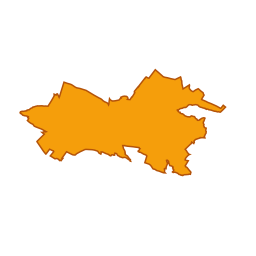 Baluseni, Botosani, Romania, rotated 344°
{"feature_id": "2599482B50605777408267", "entity_name": "Baluseni", "entity_type": "district", "adm_level": 2, "iso_a3": "ROU", "parent_name": "Romania", "parent_adm1": "Botosani", "projection": "robinson", "projection_center": [26.818, 47.67], "detail": "fine", "context": "isolated", "style": "filled", "palette": "amber", "viewbox_px": 256, "rotation_deg": 344, "n_neighbors": 0, "source": "geoboundaries", "source_scale": "gbopen_adm2", "svg_char_len": 5897}
<svg xmlns="http://www.w3.org/2000/svg" viewBox="0 0 256 256"><g transform="rotate(344 128 128)"><path d="M186.9,161.0L187.2,160.6L187.7,160.3L187.9,159.6L187.7,159.2L187.9,158.7L188.7,158.1L189.2,158.0L189.9,157.6L191.5,157.6L191.7,157.4L192.2,157.5L193.6,157.5L194.7,157.1L194.9,157.5L196.0,157.6L197.1,157.9L199.2,158.7L199.2,158.0L198.8,157.4L199.7,156.5L200.7,155.2L201.5,154.6L202.2,153.0L202.0,152.4L202.1,151.6L203.1,149.7L202.1,149.1L201.4,147.9L201.6,147.2L201.4,146.7L201.5,146.1L202.0,145.6L201.7,144.4L202.0,143.2L202.3,142.7L202.9,142.3L204.3,140.2L204.6,140.0L204.6,139.5L203.4,139.0L201.7,139.0L199.6,139.6L199.7,139.8L199.2,140.0L198.1,140.1L197.0,139.8L196.8,139.6L196.8,138.8L196.6,138.4L195.6,137.5L195.2,135.7L194.8,135.2L194.1,135.0L192.7,134.0L192.1,133.8L191.0,134.3L190.4,134.4L189.8,134.1L188.5,133.7L186.5,132.3L185.7,131.5L185.3,130.5L184.3,129.4L184.0,129.2L183.6,129.2L182.1,127.9L182.1,127.7L182.4,127.6L182.4,127.2L181.9,127.1L181.2,126.5L180.7,125.7L181.1,125.1L180.3,124.5L180.3,124.3L180.7,124.2L181.6,124.6L183.0,123.9L184.1,123.8L185.5,124.0L187.4,123.7L187.7,123.9L188.2,123.8L189.1,124.2L189.4,124.1L190.5,123.7L192.0,122.8L193.1,122.4L195.3,123.1L195.5,123.5L196.3,123.9L197.0,123.8L197.8,124.0L199.3,124.1L201.1,125.0L201.6,125.5L202.2,126.8L202.6,127.0L203.0,127.7L204.9,128.8L205.7,129.5L207.5,130.3L207.8,130.7L207.7,130.9L208.2,131.2L208.4,131.6L208.6,131.7L209.1,131.5L209.5,131.7L210.3,132.2L210.5,132.6L212.8,133.7L215.5,135.6L217.4,136.4L218.2,137.1L219.0,137.3L219.5,137.3L220.3,137.9L221.3,138.2L224.4,136.6L227.5,134.8L225.8,132.4L222.9,134.5L222.6,134.6L222.2,134.4L219.1,131.3L214.5,127.4L211.7,125.3L210.5,124.1L206.6,120.9L206.7,120.6L210.2,117.3L209.9,116.3L209.9,114.8L207.9,112.1L207.0,110.5L206.3,109.6L203.3,110.1L200.7,111.0L200.1,110.7L198.9,109.4L197.9,107.2L198.0,105.9L198.8,104.3L198.9,103.5L191.7,105.6L192.0,100.3L192.6,97.7L192.6,97.0L192.4,96.5L192.7,94.2L192.6,93.4L186.6,94.4L182.8,92.4L179.8,90.6L177.4,89.4L176.0,88.4L170.3,79.5L161.8,85.9L161.1,85.5L159.5,83.9L157.9,85.1L157.8,84.9L157.3,85.3L150.3,90.4L150.4,90.6L149.0,91.6L148.9,91.3L148.6,91.5L144.3,94.5L144.0,95.1L144.0,95.8L144.2,96.0L140.5,99.4L140.1,99.5L140.1,99.3L139.9,99.4L137.8,101.3L135.3,100.3L135.9,99.8L136.1,99.4L136.1,98.6L135.9,98.0L135.3,97.2L133.4,96.4L131.7,96.2L129.5,96.5L129.6,97.4L128.8,97.5L127.1,98.6L126.5,98.6L123.0,98.3L120.5,97.8L120.0,97.3L119.4,97.0L119.0,96.2L118.7,96.0L118.3,94.8L116.0,100.0L115.7,100.4L115.5,99.2L114.8,98.0L112.6,96.2L111.3,94.6L110.8,93.6L109.8,92.3L108.5,91.2L104.5,87.2L98.1,80.3L92.8,76.8L89.7,75.2L88.6,74.2L85.7,70.8L84.2,69.7L81.9,68.3L79.1,66.3L70.7,79.1L70.3,79.0L70.2,79.2L69.6,75.8L68.7,75.7L68.0,76.5L66.3,75.1L66.0,76.2L66.3,76.4L65.9,76.8L61.8,80.8L57.1,85.0L54.6,84.1L53.3,83.8L51.3,82.9L48.3,82.2L47.1,81.8L45.2,81.7L43.2,81.8L42.5,81.6L41.4,82.2L40.0,82.3L39.2,82.6L38.2,83.2L36.6,83.0L35.8,83.0L35.5,83.5L31.7,83.1L31.1,82.8L30.1,82.7L29.1,82.8L28.5,83.5L28.5,83.8L28.9,84.1L28.8,84.4L29.2,84.6L29.3,85.0L29.6,85.2L30.4,86.7L32.3,87.9L33.4,88.3L34.9,89.3L35.4,89.7L35.3,89.9L34.6,90.3L34.9,90.6L34.8,91.0L35.1,91.3L34.6,91.7L34.5,92.2L33.9,92.8L33.4,93.0L33.8,93.9L34.9,95.5L36.0,96.8L37.6,98.2L38.4,100.4L39.7,101.5L44.7,105.3L48.3,109.0L47.6,109.0L46.4,108.5L45.6,108.5L44.8,108.7L44.1,108.5L44.9,109.7L45.9,110.8L36.8,115.8L36.7,116.0L40.4,127.2L41.1,128.9L41.8,130.4L42.0,130.4L46.8,126.8L49.3,129.0L50.0,129.4L50.1,130.1L49.8,130.3L49.8,130.5L45.6,133.4L49.3,137.5L51.2,137.7L52.2,138.5L53.3,140.4L53.8,140.1L54.6,141.0L56.8,139.4L56.4,139.3L56.1,138.9L62.4,133.9L67.3,138.4L68.0,138.8L69.6,139.4L70.2,139.3L71.3,138.6L75.7,137.6L80.8,136.8L82.1,137.1L87.6,139.0L89.7,140.0L92.3,141.8L92.6,142.2L93.2,144.1L94.7,145.6L95.1,145.1L95.6,143.6L96.2,144.0L96.9,144.0L99.6,146.4L102.2,148.2L102.5,149.1L103.7,150.0L104.0,150.0L104.7,149.4L105.3,149.3L106.5,149.9L106.8,149.9L106.9,150.3L107.3,150.4L107.5,150.2L107.8,150.2L107.9,149.4L108.2,149.2L108.5,148.6L109.7,149.3L110.1,149.8L110.5,151.6L111.2,152.0L112.1,153.3L114.7,155.1L116.3,155.2L117.3,155.6L118.5,156.6L118.6,156.8L118.7,157.1L119.1,157.5L119.8,158.5L120.5,159.0L121.1,160.1L121.0,160.5L121.4,160.7L121.3,159.7L121.6,159.0L120.9,158.1L119.8,154.9L119.3,154.2L118.7,153.6L118.0,152.3L118.1,152.0L118.4,151.7L118.3,150.8L118.5,150.7L118.6,150.0L118.5,148.6L118.0,146.8L118.1,143.4L119.5,143.8L119.4,143.9L122.6,145.4L128.1,147.6L128.7,147.9L133.3,149.9L133.4,150.3L133.2,150.4L133.3,150.7L133.8,151.2L133.4,151.4L132.9,152.1L132.1,152.7L131.4,152.9L131.3,153.1L131.4,153.5L131.9,153.6L132.1,153.8L132.2,154.4L133.3,154.8L135.9,157.5L137.5,158.6L137.8,158.9L138.1,159.6L138.3,159.7L138.4,160.1L134.6,166.0L138.1,168.4L139.3,169.8L139.9,171.3L140.7,173.9L140.9,174.3L142.4,175.1L143.9,176.8L145.8,177.9L149.7,180.8L151.4,181.4L150.9,180.4L150.9,180.2L151.4,179.3L151.6,178.3L151.6,177.4L151.9,177.1L153.0,177.6L153.3,177.7L153.6,177.0L153.4,176.8L153.5,176.6L153.8,176.4L154.2,175.6L156.1,173.2L156.3,172.4L156.3,172.0L156.0,171.3L156.1,169.7L156.8,169.7L157.3,170.2L157.6,170.9L157.8,171.2L157.7,172.2L157.4,173.1L157.7,173.7L157.8,175.7L159.3,176.4L160.0,177.2L160.5,177.9L160.1,178.2L159.9,178.7L160.3,179.1L160.1,179.4L160.0,180.3L160.5,181.0L160.0,181.5L159.6,182.3L158.9,182.3L158.6,182.5L159.0,183.1L159.4,183.3L160.5,183.3L161.5,183.7L161.8,184.1L162.6,184.5L162.9,185.0L163.8,185.8L164.2,186.7L165.6,187.4L165.8,187.9L166.9,188.2L167.3,188.5L167.2,188.6L167.6,188.8L167.9,188.7L168.0,188.5L169.9,188.5L170.8,188.9L171.6,188.9L173.0,189.3L174.1,189.2L175.2,189.7L176.3,187.8L175.7,186.6L175.7,186.3L175.3,185.7L173.8,182.1L172.7,181.1L172.8,180.4L172.6,180.1L176.9,176.1L176.2,175.7L175.9,175.8L174.1,174.4L174.8,173.2L175.9,172.3L177.8,171.1L179.2,170.5L179.9,170.4L179.4,170.1L178.4,168.0L177.9,166.0L177.1,164.2L183.7,160.7L184.4,160.5L185.3,159.1L186.9,161.0Z" fill="#f59e0b" stroke="#b45309" stroke-width="1.5"/></g></svg>